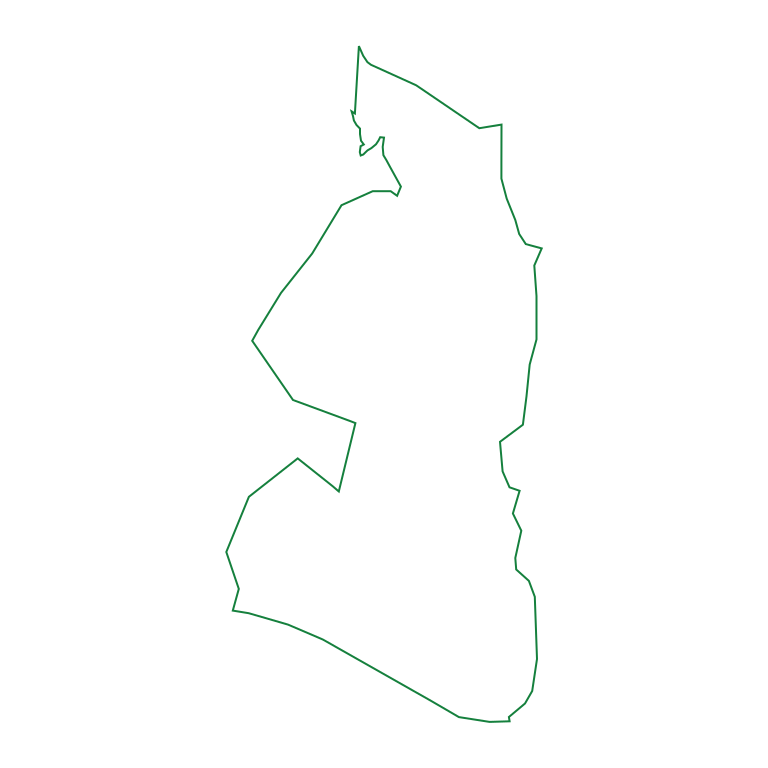 outline of Kosti, White Nile, Sudan
{"feature_id": "16777658B3487648242534", "entity_name": "Kosti", "entity_type": "district", "adm_level": 2, "iso_a3": "SDN", "parent_name": "Sudan", "parent_adm1": "White Nile", "projection": "equal_earth", "projection_center": [32.672, 12.928], "detail": "fine", "context": "isolated", "style": "outline", "palette": "green", "viewbox_px": 768, "rotation_deg": 0, "n_neighbors": 0, "source": "geoboundaries", "source_scale": "gbopen_adm2", "svg_char_len": 1154}
<svg xmlns="http://www.w3.org/2000/svg" viewBox="0 0 768 768"><path d="M501.5,124.6L479.3,128.2L416.2,85.3L371.0,64.8L367.4,62.1L363.2,55.8L358.9,46.1L354.9,113.5L351.6,111.4L353.0,116.1L353.9,120.5L356.5,125.0L360.0,128.6L360.0,134.1L361.0,140.7L363.8,144.5L360.6,146.2L359.8,152.1L360.7,155.5L363.3,154.5L365.4,152.4L367.5,150.4L371.4,148.1L376.0,144.3L378.6,140.4L380.2,137.2L384.0,137.6L382.7,146.9L383.4,155.2L386.3,160.0L390.2,167.2L400.9,186.6L397.1,195.8L390.7,191.2L372.7,191.2L341.5,205.2L312.2,253.5L281.0,292.9L258.3,329.8L252.2,340.8L293.0,400.0L351.3,421.5L355.4,423.1L338.8,491.5L332.9,486.4L297.7,458.4L248.9,496.8L226.3,552.0L238.8,588.9L232.8,610.6L248.7,613.2L288.0,624.6L322.8,639.5L431.8,701.3L458.9,717.1L489.6,721.9L509.6,721.3L508.9,717.0L525.0,703.5L532.2,691.0L537.0,659.0L534.8,596.8L528.9,580.9L516.2,569.5L515.3,558.0L521.3,530.7L512.9,513.5L519.6,490.8L509.5,487.3L502.6,471.4L500.0,441.8L522.9,424.7L526.5,396.3L529.7,364.5L536.5,339.4L536.5,296.1L534.3,265.5L541.7,248.4L525.8,244.1L519.2,234.0L515.3,220.0L506.7,198.6L501.4,178.6L501.4,169.6L501.4,163.7L501.5,124.6Z" fill="none" stroke="#15803d" stroke-width="2"/></svg>